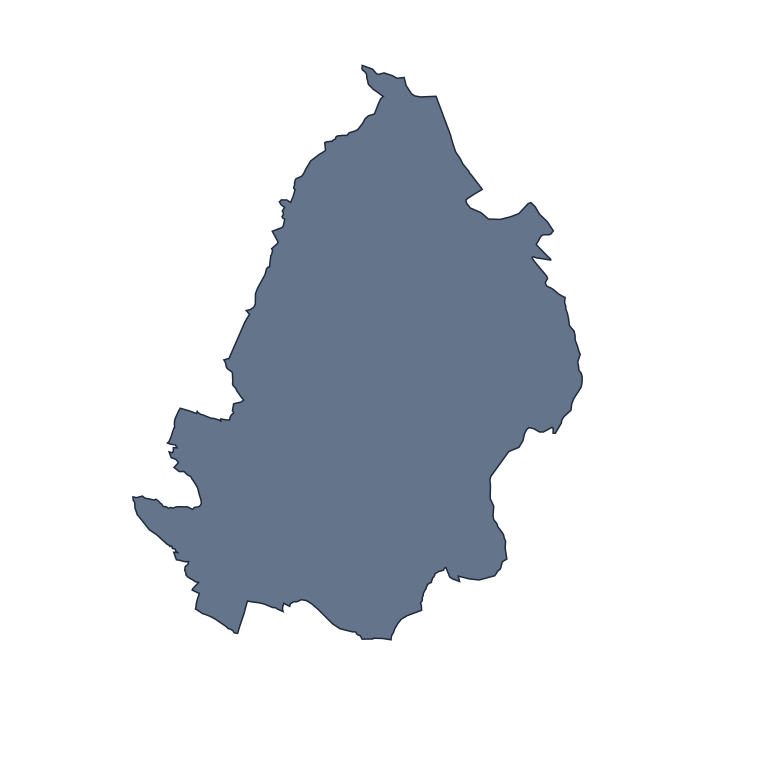 outline of Boteni, Arges, Romania, rotated 204°
{"feature_id": "2599482B33431600149134", "entity_name": "Boteni", "entity_type": "district", "adm_level": 2, "iso_a3": "ROU", "parent_name": "Romania", "parent_adm1": "Arges", "projection": "robinson", "projection_center": [25.134, 45.176], "detail": "fine", "context": "isolated", "style": "filled", "palette": "slate", "viewbox_px": 768, "rotation_deg": 204, "n_neighbors": 0, "source": "geoboundaries", "source_scale": "gbopen_adm2", "svg_char_len": 6165}
<svg xmlns="http://www.w3.org/2000/svg" viewBox="0 0 768 768"><g transform="rotate(204 384 384)"><path d="M533.5,666.2L533.1,665.3L532.8,664.4L532.7,663.7L532.3,662.9L531.8,662.4L530.7,661.9L527.9,661.2L526.2,660.1L525.2,658.7L524.2,656.6L521.8,653.7L520.9,652.3L520.2,651.5L518.4,650.6L517.0,650.2L513.6,648.8L507.4,647.7L504.6,646.9L501.6,646.5L503.1,643.1L503.1,638.3L502.6,626.8L507.3,622.7L509.1,618.8L509.6,613.2L511.4,605.9L513.3,603.4L518.0,599.4L518.9,596.1L523.3,594.1L527.3,591.7L528.3,590.6L528.2,588.1L529.8,585.9L530.2,584.4L531.9,583.9L533.2,582.8L534.8,582.1L536.3,580.4L532.8,574.2L532.8,572.7L536.6,567.3L541.8,557.8L542.2,553.4L542.7,550.5L543.0,546.3L543.0,544.0L543.4,541.4L543.8,540.3L544.6,539.5L545.1,538.7L547.7,536.0L547.9,535.6L548.0,534.3L547.6,532.5L547.6,532.2L547.8,532.0L546.7,529.6L546.3,526.5L546.0,526.0L544.3,525.5L543.3,518.3L543.2,511.9L547.7,512.6L552.7,510.4L553.5,508.1L553.7,507.9L550.8,505.8L546.6,504.9L547.3,500.6L546.0,499.8L544.9,498.1L545.3,495.5L544.0,494.4L541.7,494.2L540.3,487.4L540.8,485.5L548.2,478.1L538.4,470.5L538.7,468.4L540.0,465.7L541.7,461.8L540.2,460.9L539.4,456.9L539.6,455.0L536.2,444.3L537.6,443.5L538.1,441.1L537.2,435.6L538.5,420.1L538.1,414.1L534.1,404.7L534.2,401.1L536.5,397.5L539.7,395.1L535.1,392.9L535.7,389.5L536.3,384.1L536.0,344.3L540.1,340.9L538.4,339.7L537.3,338.7L536.5,337.7L535.9,336.6L534.5,335.0L533.0,334.2L527.8,333.1L526.8,332.1L523.9,326.2L523.2,325.2L522.9,324.2L522.8,323.4L521.9,321.7L521.1,321.2L519.8,320.7L518.2,319.9L516.5,318.8L515.9,318.0L509.7,314.3L505.7,312.2L507.2,309.4L513.3,304.8L511.6,297.9L509.9,296.8L509.7,296.0L510.8,293.8L511.1,291.7L510.8,289.6L510.4,288.5L512.8,287.2L518.9,285.7L518.0,283.7L520.1,284.1L526.5,283.1L527.5,282.4L537.4,282.1L538.6,281.7L542.5,282.3L543.5,283.0L543.3,280.8L550.5,280.3L560.3,279.0L560.7,275.4L560.7,267.9L560.5,265.6L559.2,262.1L557.7,259.5L558.0,258.7L557.6,253.7L557.0,249.6L557.0,243.9L557.8,242.0L554.5,242.2L549.7,243.5L547.2,241.6L550.6,240.1L549.1,237.1L549.4,235.1L552.7,234.6L548.4,230.1L543.6,230.5L539.8,228.6L541.9,222.3L535.4,220.7L531.0,222.7L526.9,221.1L522.4,220.7L521.2,219.4L518.7,218.0L514.3,215.0L512.0,213.2L511.2,212.3L508.5,208.7L504.3,203.9L502.6,201.3L502.3,200.4L502.4,198.8L502.7,197.5L503.2,196.7L504.5,195.6L506.8,194.4L507.2,193.8L507.9,191.5L510.1,191.7L513.4,191.8L514.8,191.5L516.1,190.6L518.6,189.7L523.0,187.7L523.9,187.2L524.8,186.3L526.4,184.6L527.7,184.6L528.6,184.4L530.4,182.9L531.3,182.9L532.5,183.2L533.7,183.2L535.0,182.5L536.0,182.5L536.6,182.7L538.5,184.0L540.4,184.4L542.3,185.3L544.4,185.8L545.3,185.9L545.7,185.9L546.7,184.5L550.1,183.8L551.3,183.7L554.7,182.7L556.2,182.6L558.0,183.0L559.0,183.4L563.9,179.5L567.4,178.8L566.0,175.9L563.6,174.4L561.1,169.5L556.0,164.0L554.1,163.3L539.0,155.3L530.7,153.9L517.0,149.4L514.9,149.4L514.2,149.0L513.7,148.5L512.0,149.6L511.3,149.2L511.1,148.4L510.5,147.9L509.7,147.7L509.0,148.1L508.2,148.3L507.4,148.0L506.3,146.7L504.1,146.1L507.7,144.8L502.2,139.0L498.5,139.9L495.9,140.2L493.3,140.8L490.4,142.1L490.5,141.4L489.7,140.3L489.8,139.5L490.1,138.7L491.3,136.7L491.3,136.1L490.4,133.0L487.8,130.3L487.4,129.1L485.1,128.0L481.0,127.3L480.2,127.5L475.9,126.6L473.9,127.2L472.7,127.3L475.6,118.7L475.3,117.6L473.0,117.7L469.1,117.5L467.5,117.6L467.0,111.9L466.6,109.5L466.0,106.4L465.3,104.6L464.7,101.7L463.5,101.7L461.4,101.4L461.3,101.2L459.6,101.1L456.6,100.4L455.9,100.6L450.1,101.0L443.2,100.7L430.0,98.3L426.9,97.2L423.6,97.5L421.5,97.1L419.8,95.8L416.3,96.6L417.3,104.5L418.5,117.4L420.5,130.1L415.5,131.4L409.9,133.1L406.8,133.8L403.3,134.3L394.6,134.5L393.3,135.1L391.8,135.5L389.4,135.0L383.6,135.1L385.3,137.2L386.0,139.8L386.3,142.9L379.7,142.5L380.2,145.0L378.1,148.1L376.7,148.9L375.4,149.4L374.0,150.7L372.9,151.9L372.1,153.1L371.5,153.4L366.9,154.6L360.4,153.7L352.2,151.2L333.2,143.9L324.6,142.5L311.7,144.8L309.9,145.8L308.4,145.7L307.5,144.7L306.1,144.2L303.3,144.4L300.2,142.0L290.4,146.6L289.9,147.6L282.2,150.8L273.5,153.2L274.3,155.4L274.7,158.1L274.3,160.5L274.6,165.1L273.9,170.9L272.5,176.3L268.7,181.7L257.6,192.6L260.0,197.2L261.4,198.5L261.4,199.5L261.1,201.0L261.1,202.1L261.3,202.8L262.0,203.7L262.2,205.4L262.1,206.9L262.9,208.2L262.6,213.1L262.4,213.5L262.3,214.3L262.7,215.2L262.8,215.9L262.4,217.4L262.8,218.2L262.8,218.6L262.0,219.4L261.7,220.4L261.5,220.7L260.5,221.3L260.0,222.2L260.6,223.7L260.3,225.0L260.7,226.4L260.0,228.3L259.9,230.0L260.2,230.8L260.1,231.6L257.7,235.0L254.1,237.9L253.9,238.7L253.9,240.3L252.7,241.5L245.5,234.4L241.9,233.8L234.6,234.3L238.0,238.7L226.9,240.6L217.3,243.7L204.8,253.9L203.8,259.7L202.4,262.4L203.6,269.6L200.6,274.1L206.6,283.4L208.9,289.7L210.9,291.5L213.4,294.8L215.4,296.3L222.1,300.0L223.9,302.2L228.7,304.8L230.8,308.0L234.0,316.9L240.5,322.7L245.4,334.5L248.3,339.6L248.8,343.2L242.5,373.1L235.0,381.0L234.0,388.7L235.4,395.8L235.1,400.4L233.9,403.1L228.9,404.1L222.5,403.4L219.0,404.9L212.8,412.8L211.2,411.9L209.6,407.9L207.5,408.6L206.1,420.1L206.9,423.8L206.3,427.5L202.5,436.1L204.4,442.0L204.7,447.6L202.6,461.3L202.8,461.9L203.7,466.1L206.0,471.4L208.2,474.0L211.5,475.9L213.7,479.7L216.0,482.8L216.8,490.9L219.2,493.1L222.2,496.7L227.4,502.1L228.9,505.6L231.9,509.7L236.7,511.9L238.7,513.2L241.8,518.5L245.3,523.3L248.4,526.4L249.6,529.1L252.1,531.7L253.8,536.8L254.8,536.6L261.0,537.2L264.8,538.4L269.4,539.5L275.4,539.7L277.7,541.9L277.8,544.6L277.4,546.8L279.2,548.7L290.7,554.3L296.9,557.4L299.7,559.2L300.1,560.2L299.4,561.0L296.3,561.2L282.2,565.0L282.5,565.8L289.8,568.5L301.7,573.3L301.7,573.9L301.4,575.3L300.8,581.6L300.3,583.6L299.4,584.8L298.3,585.5L294.0,587.4L292.5,589.0L291.6,592.8L300.8,598.7L311.1,602.4L317.9,607.4L323.6,609.5L325.7,607.4L330.1,594.5L336.8,587.9L344.8,581.6L355.7,577.2L365.0,580.0L376.8,579.9L382.2,582.8L384.0,585.4L383.0,587.6L378.9,594.0L373.4,601.7L375.1,602.8L389.1,610.4L391.7,611.5L392.8,612.7L399.8,616.2L401.9,617.4L405.9,620.8L413.0,625.2L418.9,631.7L422.3,635.7L424.1,638.1L453.5,668.0L467.6,661.0L473.1,659.7L477.1,660.4L485.2,665.7L490.3,672.2L496.4,668.6L501.9,669.1L510.5,668.2L514.9,664.6L517.0,664.4L522.5,667.0L533.5,666.2Z" fill="#64748b" stroke="#1e293b" stroke-width="1.5"/></g></svg>